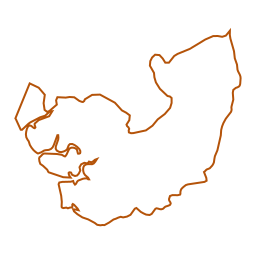 the State of Delta
{"feature_id": "NGA-2860", "entity_name": "Delta", "entity_type": "State", "adm_level": 1, "iso_a3": "NGA", "parent_name": "Nigeria", "parent_adm1": "", "projection": "mercator", "projection_center": [5.747, 5.78], "detail": "fine", "context": "isolated", "style": "outline", "palette": "amber", "viewbox_px": 256, "rotation_deg": 0, "n_neighbors": 0, "source": "natural_earth", "source_scale": "10m", "svg_char_len": 3728}
<svg xmlns="http://www.w3.org/2000/svg" viewBox="0 0 256 256"><path d="M74.0,211.3L73.2,209.3L75.9,209.6L78.5,210.2L77.6,208.6L74.1,204.8L72.8,204.0L72.3,204.6L72.4,206.9L71.9,207.4L70.7,207.5L69.8,207.6L67.9,208.3L66.3,207.6L63.2,208.1L61.8,207.4L61.6,206.4L61.8,201.8L61.2,195.8L58.6,184.2L59.3,182.5L62.3,181.9L70.8,181.7L73.2,181.0L73.5,182.2L73.9,183.1L75.0,184.6L76.0,183.8L77.0,181.9L77.7,181.0L78.4,180.5L82.8,178.8L85.0,178.4L86.9,178.4L88.2,179.3L89.0,179.3L88.1,177.7L85.0,175.0L83.8,173.1L83.3,171.3L83.1,169.2L83.4,167.2L84.2,165.6L85.9,164.5L87.9,164.1L92.1,164.2L93.7,163.5L95.2,161.8L97.0,159.0L94.9,159.8L93.2,161.3L91.4,162.3L89.0,161.6L88.7,162.2L87.9,162.8L87.3,163.4L84.3,162.8L81.2,164.3L79.5,167.2L80.3,170.5L78.8,173.6L77.1,175.5L75.0,176.0L72.3,174.9L71.6,174.0L71.4,173.2L70.9,172.5L69.3,172.3L68.6,173.0L68.9,174.7L69.8,176.5L70.6,177.6L63.2,177.2L48.7,172.3L48.1,171.6L47.5,170.2L47.0,169.5L43.0,165.8L40.3,163.9L39.4,161.2L39.1,158.5L39.5,157.2L40.3,156.7L42.4,154.5L43.5,153.7L44.5,153.5L57.0,154.0L61.8,154.8L64.4,156.3L65.3,156.3L66.6,154.5L68.7,149.9L69.7,148.4L71.4,147.7L73.4,147.7L75.3,148.3L76.7,149.3L77.1,150.2L77.8,153.1L78.1,153.7L79.4,153.6L80.1,153.2L80.3,152.5L80.3,151.0L79.3,149.0L77.1,146.8L74.5,145.0L72.3,144.0L69.9,144.1L68.7,145.3L67.1,149.3L65.7,150.5L63.6,151.5L61.3,152.1L59.2,151.9L56.8,150.6L55.7,148.7L55.8,146.5L58.2,139.5L58.4,137.6L58.2,135.2L57.4,135.2L53.9,144.8L52.6,147.4L50.9,149.0L48.7,149.9L45.6,150.2L44.2,150.5L41.2,152.3L38.0,153.5L37.2,153.1L35.5,151.9L33.5,150.1L31.5,147.6L29.9,145.0L28.7,141.3L27.5,139.6L26.3,137.3L25.9,134.3L26.2,131.7L26.9,128.8L28.1,126.4L29.7,125.4L31.2,125.9L33.7,127.9L34.7,128.2L35.4,127.4L35.1,126.2L34.6,124.9L34.7,123.6L38.7,120.1L49.2,116.2L52.2,111.3L49.5,111.8L45.1,115.7L40.1,117.3L30.3,122.4L28.5,123.7L22.0,129.8L20.7,129.7L15.9,119.2L15.4,118.4L29.7,83.4L38.7,87.7L44.8,94.8L43.6,103.2L44.6,109.9L47.2,111.9L49.4,111.0L56.8,104.6L56.1,100.3L57.4,97.2L65.7,97.6L69.6,97.0L74.3,97.3L79.3,100.9L81.7,101.8L82.9,102.0L84.2,101.0L84.9,99.3L92.1,94.9L100.0,94.6L114.9,102.7L121.9,110.4L126.2,112.7L129.8,115.4L129.3,120.2L126.5,124.6L127.1,126.1L128.5,127.4L129.2,128.9L128.7,130.3L128.9,132.4L131.0,133.2L133.3,133.1L145.9,130.4L152.5,125.7L157.7,119.4L164.8,114.0L170.1,107.9L171.6,103.0L171.6,98.0L169.9,96.5L167.5,96.0L159.9,88.8L155.9,82.4L154.4,77.3L154.0,72.9L149.9,65.7L150.3,61.1L152.1,57.5L155.1,54.7L159.5,55.1L162.7,58.5L165.3,62.7L168.9,62.7L174.2,56.0L177.6,53.9L189.8,48.9L205.3,39.5L213.1,36.1L217.7,36.0L222.2,36.8L225.9,35.6L229.9,30.7L229.8,34.8L230.4,38.6L234.0,51.2L234.8,58.3L237.0,64.6L237.5,69.7L238.1,71.4L239.8,74.7L240.4,76.4L240.6,78.2L240.2,83.9L239.7,85.6L238.8,86.6L237.5,87.3L235.8,87.9L233.3,89.9L232.8,92.8L233.3,99.6L231.6,106.2L231.4,107.3L231.6,109.6L231.4,110.8L231.0,111.9L225.8,118.7L223.4,123.1L222.1,126.4L221.2,129.9L220.8,135.4L217.4,150.3L214.9,156.2L214.4,158.8L213.9,162.4L213.2,164.0L212.3,165.5L209.8,168.2L209.0,168.6L206.7,169.5L206.0,170.1L204.7,171.5L204.0,172.0L204.1,172.3L206.3,177.9L206.6,180.7L204.5,181.9L187.9,184.4L185.8,185.1L183.5,186.9L182.3,188.0L181.3,189.1L180.7,190.5L180.4,192.0L180.4,193.8L180.1,194.6L177.8,195.2L172.4,195.1L170.0,196.0L169.0,199.1L169.2,200.5L170.4,202.4L170.7,203.5L170.1,204.8L168.6,205.6L165.5,206.6L164.4,207.4L163.7,208.2L162.8,208.9L161.1,209.3L159.6,209.1L158.0,208.6L156.5,208.3L155.4,208.8L151.7,213.9L149.6,215.0L146.1,214.6L143.5,213.4L140.8,211.9L136.4,208.0L134.8,208.7L130.5,214.8L127.0,216.6L123.1,217.4L120.7,216.8L118.3,217.6L115.9,218.7L113.5,219.5L109.2,222.5L104.5,225.1L102.5,225.0L100.3,225.3L97.2,224.8L94.7,222.9L88.2,219.4L82.4,217.4L77.4,214.2L74.0,211.3Z" fill="none" stroke="#b45309" stroke-width="2"/></svg>